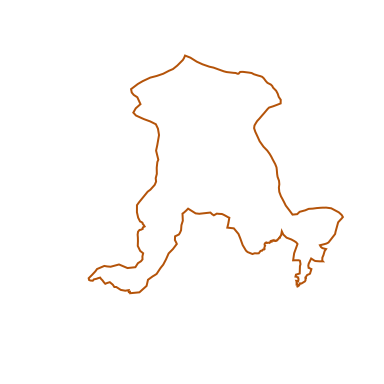 outline of Ifelodun, Kwara, Nigeria, rotated 247°
{"feature_id": "59680162B15317000449503", "entity_name": "Ifelodun", "entity_type": "district", "adm_level": 2, "iso_a3": "NGA", "parent_name": "Nigeria", "parent_adm1": "Kwara", "projection": "mercator", "projection_center": [4.887, 8.634], "detail": "fine", "context": "isolated", "style": "outline", "palette": "amber", "viewbox_px": 384, "rotation_deg": 247, "n_neighbors": 0, "source": "geoboundaries", "source_scale": "gbopen_adm2", "svg_char_len": 4916}
<svg xmlns="http://www.w3.org/2000/svg" viewBox="0 0 384 384"><g transform="rotate(247 192 192)"><path d="M110.0,321.1L112.4,320.8L115.9,319.2L118.5,317.1L122.6,313.8L125.2,309.4L127.0,304.9L128.5,300.4L129.5,296.7L130.9,292.8L130.9,289.1L131.7,283.3L130.5,280.2L131.9,275.7L137.0,274.5L142.9,273.0L146.5,272.8L150.3,272.5L151.4,272.4L153.1,272.2L155.8,272.3L158.0,272.4L162.1,273.7L165.0,275.4L168.4,276.5L169.0,276.5L172.6,276.7L175.3,277.4L179.2,278.7L181.6,279.4L185.3,279.5L186.2,279.4L190.4,279.0L193.5,278.8L196.6,278.4L200.6,277.5L205.8,275.5L211.3,274.3L212.2,274.1L216.7,274.0L222.7,273.8L226.5,274.1L228.8,275.5L230.1,277.2L231.8,279.6L232.4,280.9L233.1,282.5L235.0,286.3L236.5,289.4L238.8,293.9L239.6,295.9L239.2,300.0L239.0,304.5L238.9,308.2L242.2,309.7L245.6,309.0L249.0,309.3L252.4,309.0L256.4,307.4L258.2,307.3L260.0,306.6L263.0,304.1L265.2,303.3L268.6,302.5L270.6,301.6L272.0,300.1L273.3,298.4L276.2,295.0L278.2,293.4L279.7,291.0L282.6,286.0L283.7,283.3L283.3,282.3L282.7,281.1L283.1,280.1L284.5,278.7L285.5,276.7L288.9,270.7L290.6,268.5L294.1,264.7L298.1,260.4L300.6,256.9L305.4,251.6L310.1,247.3L316.3,243.0L320.3,238.9L318.6,237.2L317.1,235.2L314.1,227.8L312.6,222.5L312.6,218.0L312.5,216.9L312.1,211.7L312.6,204.9L313.6,198.3L313.3,190.0L312.6,184.4L310.5,176.1L307.1,175.4L304.1,176.3L300.6,178.7L293.0,178.9L291.0,172.9L288.0,169.0L286.6,169.5L284.3,170.3L281.8,172.6L279.5,174.7L277.8,176.3L273.3,181.1L268.5,185.2L263.6,185.4L257.3,183.9L248.8,178.4L244.1,175.1L234.9,173.6L233.1,171.8L228.1,169.0L222.4,166.7L218.9,164.0L215.6,163.0L215.4,162.8L213.1,160.4L210.4,154.6L210.0,152.9L209.6,151.3L203.2,139.2L201.4,136.2L194.9,133.4L189.4,132.4L185.2,132.7L183.9,133.9L182.9,134.4L181.9,134.2L180.7,134.6L178.8,134.9L178.8,134.7L178.8,134.4L178.7,134.1L178.7,133.8L178.7,133.3L178.1,132.5L177.3,132.2L177.2,129.9L177.6,128.9L176.5,126.8L174.0,125.3L171.0,124.3L167.8,123.0L163.5,121.0L158.0,121.3L154.7,123.1L152.1,121.2L149.3,120.1L148.2,118.0L147.6,114.4L144.9,110.5L147.2,102.9L153.8,96.5L155.0,87.9L156.7,84.7L158.2,82.4L158.2,79.3L158.2,74.5L156.7,72.0L154.7,67.5L153.0,63.2L151.2,62.9L150.2,63.9L149.1,66.0L149.9,67.5L149.4,70.3L149.4,71.5L149.1,74.0L147.6,74.3L145.6,75.1L143.4,75.6L141.4,76.3L141.4,78.3L141.1,81.1L137.6,82.9L134.9,83.4L134.1,85.2L129.7,88.2L127.2,92.0L126.4,95.3L125.8,94.8L124.6,94.7L124.4,95.9L123.0,95.5L120.2,104.4L123.3,113.5L128.4,117.2L129.7,122.8L130.0,125.1L130.4,127.4L133.6,132.2L134.6,133.8L136.4,137.2L137.0,137.9L140.1,141.7L144.6,146.5L146.9,152.1L150.1,157.7L151.7,157.7L154.5,157.5L157.8,159.1L158.0,163.3L159.1,164.9L161.1,167.0L165.6,169.3L169.1,172.3L175.8,174.8L176.2,176.6L176.9,178.6L177.1,179.2L178.2,181.9L170.9,187.0L169.1,190.2L165.9,200.9L163.6,201.9L162.0,203.0L162.4,206.4L161.6,207.8L160.4,210.2L160.3,210.5L160.1,210.8L160.0,211.0L159.5,211.5L157.9,212.9L157.1,213.5L156.5,214.0L155.6,214.7L155.4,214.8L155.1,215.0L154.7,215.4L153.7,216.3L148.5,212.9L145.4,210.6L142.2,216.3L135.2,218.4L130.3,218.3L123.3,217.9L116.9,218.8L115.0,219.7L111.3,223.4L111.1,225.8L110.1,227.8L109.5,229.5L111.0,232.1L110.6,233.5L111.3,234.5L110.9,235.9L111.2,236.6L112.1,236.6L112.9,237.2L114.0,238.3L114.4,238.1L115.6,238.4L116.3,239.2L116.6,240.6L116.4,240.9L115.9,240.9L115.6,241.8L115.4,242.7L115.3,243.4L114.9,243.6L115.3,244.6L116.1,245.2L116.1,245.8L115.8,246.0L115.3,245.6L115.1,245.9L115.7,246.4L116.0,247.1L115.5,247.6L115.7,248.5L114.9,248.6L114.8,249.5L114.3,249.6L114.1,250.3L114.4,251.1L114.2,251.3L114.6,252.3L114.9,252.4L115.2,253.7L115.8,254.2L115.6,255.2L116.5,255.5L116.9,256.3L117.1,257.0L118.1,257.5L118.8,258.1L120.1,258.9L120.7,259.3L117.2,259.4L113.0,261.2L109.5,264.9L106.7,267.1L104.8,268.3L102.9,268.8L95.7,262.1L89.6,258.4L87.5,263.5L86.6,264.5L86.1,264.4L83.2,263.7L81.6,262.4L74.9,259.3L75.3,255.4L73.7,254.2L73.1,255.2L72.3,255.8L72.2,255.8L72.1,256.0L71.9,256.3L71.6,256.1L71.2,256.1L70.8,256.1L70.4,256.1L70.2,256.0L69.6,255.7L69.3,255.5L69.0,255.3L68.8,255.1L68.7,255.1L68.3,254.8L68.4,254.7L68.5,254.5L68.8,254.3L69.2,253.9L69.5,253.3L69.2,253.3L68.6,253.2L67.6,252.8L67.3,252.8L67.1,252.9L66.7,252.4L65.9,252.1L65.6,253.0L65.0,252.8L64.8,252.7L64.4,252.6L63.8,252.1L63.7,252.2L64.1,253.8L64.3,254.2L64.6,254.6L65.0,255.1L65.3,255.4L65.5,255.6L65.7,255.8L65.3,256.3L65.1,256.6L65.0,257.0L65.3,259.0L65.5,260.3L65.5,260.7L65.8,261.3L66.4,262.0L66.7,262.1L67.7,262.6L68.2,262.9L68.6,263.0L68.4,263.3L68.9,263.5L69.0,263.3L70.0,264.6L70.6,265.6L70.6,266.4L70.6,268.1L70.7,268.6L70.9,268.9L71.6,269.4L72.6,270.3L74.0,271.5L74.4,271.8L75.1,271.1L75.8,270.5L76.1,270.4L76.3,270.1L76.6,269.7L78.8,270.3L80.4,271.4L84.2,275.7L80.8,278.0L80.1,278.9L78.2,282.6L77.0,285.4L78.0,285.1L80.7,286.4L82.5,288.3L85.8,291.0L87.1,293.1L89.4,290.1L91.1,289.2L93.0,289.0L92.3,293.3L92.0,295.7L92.2,297.9L93.5,300.3L97.4,307.3L99.3,308.6L107.0,314.7L108.6,318.2L109.0,319.2L110.0,321.1Z" fill="none" stroke="#b45309" stroke-width="2"/></g></svg>